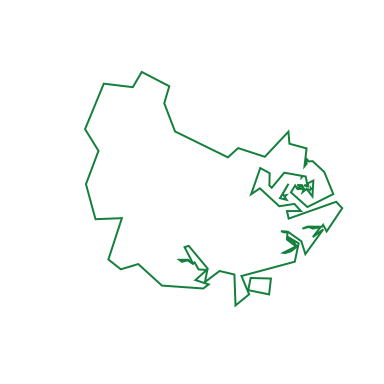 the district of Río de Jesús, Veraguas, Panama, rotated 304°
{"feature_id": "35544464B55951329462625", "entity_name": "Río de Jesús", "entity_type": "district", "adm_level": 2, "iso_a3": "PAN", "parent_name": "Panama", "parent_adm1": "Veraguas", "projection": "orthographic", "projection_center": [-81.142, 7.96], "detail": "medium", "context": "isolated", "style": "outline", "palette": "green", "viewbox_px": 384, "rotation_deg": 304, "n_neighbors": 0, "source": "geoboundaries", "source_scale": "gbopen_adm2", "svg_char_len": 1955}
<svg xmlns="http://www.w3.org/2000/svg" viewBox="0 0 384 384"><g transform="rotate(304 192 192)"><path d="M139.2,99.7L115.5,127.2L131.1,148.5L89.3,160.4L88.1,176.2L102.2,187.7L97.6,219.4L118.3,255.3L124.7,257.5L120.9,244.1L135.7,247.8L131.5,240.8L135.1,233.5L132.9,233.0L132.9,226.6L128.5,222.7L128.7,219.4L133.5,226.5L133.5,232.5L142.1,216.7L145.5,219.4L137.3,247.7L124.6,253.1L141.9,259.0L147.3,273.3L122.3,291.5L139.1,296.6L150.0,280.0L191.7,316.2L209.1,309.1L208.4,297.1L206.3,297.9L207.7,303.1L205.9,308.3L204.9,309.4L198.2,307.2L193.3,303.2L192.6,301.6L205.1,308.7L205.7,297.2L212.0,293.8L210.0,290.8L209.3,287.7L212.7,293.7L212.3,310.2L203.9,320.7L234.4,321.7L222.2,317.4L234.8,318.2L229.2,312.6L228.3,308.3L223.3,304.0L228.0,307.2L235.9,319.2L238.1,319.1L234.6,325.7L262.6,325.6L264.5,317.0L224.0,287.0L229.3,281.4L237.1,292.9L239.4,283.6L229.0,272.3L233.0,246.2L223.2,242.3L250.0,235.2L251.0,245.9L240.7,252.5L240.1,255.7L259.6,257.7L268.4,277.6L263.2,282.8L269.3,286.2L255.7,294.3L258.6,285.2L253.8,283.8L257.2,282.8L253.4,277.8L255.1,273.9L247.0,274.2L244.1,296.1L269.3,310.3L282.6,290.4L285.0,274.7L282.7,271.8L283.5,268.4L279.5,271.2L276.2,270.9L292.2,262.6L286.5,245.8L295.9,238.2L261.9,232.7L254.2,205.7L240.8,202.4L232.7,144.1L250.0,119.4L267.0,114.0L263.4,83.2L245.8,84.3L232.5,58.3L184.3,68.2L173.8,91.5L139.2,99.7ZM164.4,305.8L153.5,288.7L142.1,293.5L150.2,313.2L164.4,305.8ZM252.8,267.4L236.1,268.4L238.4,274.8L241.0,268.3L252.8,267.4ZM262.6,284.3L260.2,281.2L261.3,285.0L262.6,284.3ZM258.9,278.9L256.7,275.4L257.7,279.5L258.9,278.9ZM265.3,274.7L266.7,274.9L266.4,274.1L265.3,274.7ZM257.8,281.7L258.3,280.9L256.9,281.2L257.8,281.7ZM255.0,278.6L255.9,278.6L255.4,278.1L255.0,278.6ZM254.2,277.9L254.8,277.9L254.8,276.4L254.2,277.9ZM258.8,287.3L259.3,287.7L259.2,287.1L258.8,287.3ZM242.1,271.9L241.7,271.5L241.5,271.8L242.1,271.9ZM260.9,288.8L261.5,288.8L261.7,288.2L260.9,288.8Z" fill="none" stroke="#15803d" stroke-width="2"/></g></svg>